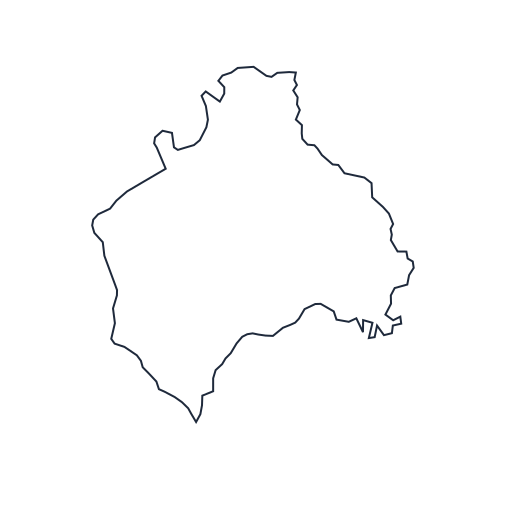 Nova Santa Rita, Rio Grande do Sul, Brazil (Mercator projection), rotated 41°
{"feature_id": "56859067B48200522919953", "entity_name": "Nova Santa Rita", "entity_type": "district", "adm_level": 2, "iso_a3": "BRA", "parent_name": "Brazil", "parent_adm1": "Rio Grande do Sul", "projection": "mercator", "projection_center": [-51.279, -29.846], "detail": "fine", "context": "isolated", "style": "outline", "palette": "slate", "viewbox_px": 512, "rotation_deg": 41, "n_neighbors": 0, "source": "geoboundaries", "source_scale": "gbopen_adm2", "svg_char_len": 1794}
<svg xmlns="http://www.w3.org/2000/svg" viewBox="0 0 512 512"><g transform="rotate(41 256 256)"><path d="M327.0,285.6L329.3,280.6L329.5,275.1L327.5,264.2L332.2,253.4L336.2,249.7L351.0,246.8L358.5,251.2L369.2,244.8L372.6,237.2L386.7,243.3L378.9,234.1L387.7,230.0L395.0,243.9L398.8,239.4L393.0,229.1L404.5,231.8L409.2,225.1L404.9,218.7L410.0,211.8L404.7,207.1L401.7,214.5L392.1,215.3L389.2,203.4L383.6,197.3L381.7,189.2L388.9,178.3L384.1,170.0L382.8,161.5L377.9,157.3L372.1,158.4L366.6,154.0L359.9,159.7L347.3,155.5L344.5,150.8L339.8,147.3L338.5,141.9L328.5,136.8L319.7,135.7L305.2,135.5L295.4,125.2L286.3,125.7L268.5,135.5L258.4,133.3L253.8,136.6L239.5,136.6L232.0,134.6L227.4,134.1L221.9,138.1L214.1,137.2L210.1,133.5L204.8,127.1L196.6,126.9L193.3,117.1L187.5,114.7L183.3,108.9L175.5,106.6L174.7,100.1L169.5,98.0L165.7,91.4L160.4,95.4L151.9,103.8L150.2,110.6L145.7,113.2L130.1,114.8L118.8,126.1L117.0,133.8L112.3,141.8L112.7,148.5L121.3,149.4L125.5,154.3L127.4,163.2L110.1,164.8L109.8,170.8L119.8,175.7L130.3,184.7L134.1,191.4L137.6,205.5L136.4,213.0L131.1,221.3L127.4,227.2L122.8,227.8L111.8,218.2L103.3,222.8L102.0,232.7L105.2,237.8L110.0,239.3L130.6,249.4L122.5,273.4L116.3,291.9L114.3,305.8L114.8,316.0L109.5,328.1L109.3,335.3L112.3,340.4L118.8,344.6L131.3,346.1L141.4,355.3L169.2,370.5L173.5,372.9L176.9,377.0L182.5,389.4L193.6,399.3L201.1,413.5L206.8,414.9L216.4,410.9L231.2,409.1L237.9,410.6L243.5,414.3L251.5,414.9L263.2,416.1L270.1,420.2L276.0,418.4L287.1,415.8L296.1,414.9L304.7,415.4L310.7,417.6L319.7,420.6L317.8,411.9L313.2,404.1L307.1,396.6L312.4,386.2L303.9,376.4L300.4,368.6L301.4,359.8L300.2,353.3L300.7,346.0L298.7,334.7L298.6,326.0L300.7,320.8L304.2,316.6L309.2,313.8L315.4,309.8L321.2,305.2L323.4,292.5L327.0,285.6Z" fill="none" stroke="#1e293b" stroke-width="2"/></g></svg>